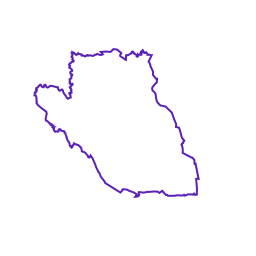 Cutzamala de Pinzón, Guerrero, Mexico (Natural Earth projection), rotated 324°
{"feature_id": "50627088B53912122145635", "entity_name": "Cutzamala de Pinzón", "entity_type": "district", "adm_level": 2, "iso_a3": "MEX", "parent_name": "Mexico", "parent_adm1": "Guerrero", "projection": "natural_earth1", "projection_center": [-100.648, 18.642], "detail": "fine", "context": "isolated", "style": "outline", "palette": "violet", "viewbox_px": 256, "rotation_deg": 324, "n_neighbors": 0, "source": "geoboundaries", "source_scale": "gbopen_adm2", "svg_char_len": 5535}
<svg xmlns="http://www.w3.org/2000/svg" viewBox="0 0 256 256"><g transform="rotate(324 128 128)"><path d="M189.4,82.7L188.2,81.0L186.7,80.3L187.3,79.1L187.2,77.3L186.8,77.2L185.7,77.3L185.4,76.9L185.6,74.9L185.8,74.0L185.7,73.8L184.3,75.3L184.0,75.0L183.9,73.9L183.2,74.0L182.5,74.4L181.8,75.2L182.3,76.3L182.2,76.5L181.3,76.4L181.0,75.5L179.4,75.1L179.3,74.1L178.6,74.5L178.4,75.2L178.4,75.8L177.8,76.0L177.2,75.6L177.1,75.1L177.5,74.9L177.7,73.5L176.9,72.0L177.1,71.3L176.5,70.9L176.7,70.4L176.8,69.9L176.6,69.4L176.8,69.1L176.5,68.7L175.6,68.6L174.6,69.6L170.5,69.0L169.9,68.3L169.2,68.0L166.4,71.6L165.8,70.8L166.0,70.5L164.9,67.9L164.8,67.3L164.2,66.1L164.0,65.2L164.6,64.3L166.6,63.5L165.4,58.3L162.6,55.6L158.7,56.2L154.7,52.9L150.7,50.5L150.9,53.6L149.9,53.4L148.8,52.9L147.4,51.3L147.0,50.5L146.4,50.0L146.2,49.8L145.2,49.9L144.4,49.3L143.0,49.4L141.7,48.8L140.8,48.0L140.6,47.4L139.8,46.7L138.2,46.1L138.3,45.3L137.6,45.0L136.6,44.8L136.0,45.1L135.5,44.9L135.0,44.5L134.9,43.7L134.1,43.1L133.8,42.2L133.2,42.2L133.2,41.9L133.6,41.4L133.1,41.1L133.1,40.5L132.8,40.3L132.6,39.7L131.7,39.0L131.6,38.2L130.8,38.4L130.5,38.7L130.2,38.3L129.1,38.4L129.1,37.9L128.7,37.3L128.8,36.8L128.4,36.2L128.5,35.4L128.2,35.3L128.2,34.8L127.5,34.1L127.4,33.7L127.0,34.0L126.5,34.0L126.4,34.3L126.4,35.5L125.7,36.7L125.1,37.0L124.6,36.8L124.2,37.3L124.1,37.6L124.5,38.2L124.4,38.8L124.0,39.4L123.3,39.7L123.2,40.1L123.6,41.4L123.5,41.8L122.5,42.2L122.0,41.6L121.2,41.4L119.5,41.9L118.6,41.5L117.5,42.2L117.4,42.8L117.7,43.6L117.0,44.1L116.1,44.3L116.0,44.8L116.3,45.0L116.9,47.4L116.7,48.7L116.0,49.1L114.7,48.7L114.0,49.1L113.5,50.0L113.4,50.6L113.5,50.9L114.3,51.9L114.3,52.1L113.3,52.8L112.7,52.6L111.5,54.4L110.4,54.5L109.5,54.2L109.3,54.3L108.7,55.4L108.5,56.3L108.3,56.5L107.8,56.4L107.5,56.7L107.1,57.9L107.2,58.7L107.6,59.5L108.2,59.2L108.7,59.2L109.1,59.7L109.0,60.0L108.6,60.4L107.4,60.3L106.0,61.0L105.7,61.0L105.3,60.7L104.8,60.8L104.6,61.5L105.0,63.0L104.8,63.8L104.5,64.0L104.1,64.0L103.7,64.2L103.5,65.9L103.2,66.2L102.3,65.7L101.6,66.5L101.2,65.3L100.9,65.3L100.4,68.0L99.8,69.5L99.6,69.7L98.4,69.2L96.6,69.1L96.4,68.8L96.3,67.3L96.5,65.4L96.5,62.2L96.8,60.7L97.3,59.6L97.4,58.3L97.2,58.0L96.6,57.8L94.6,57.7L94.4,57.5L94.3,57.1L94.3,56.0L94.5,55.4L95.1,54.2L95.2,53.7L94.3,53.2L92.8,51.1L90.5,48.6L89.6,48.1L87.8,48.2L86.9,48.1L86.5,47.8L86.2,47.2L86.1,46.3L86.2,45.5L86.6,44.9L86.4,44.3L85.9,44.1L84.9,44.3L83.7,45.4L83.4,45.3L82.8,44.5L82.6,43.9L82.9,41.9L82.7,41.5L82.2,41.3L81.1,41.7L80.2,41.5L78.9,42.2L78.6,42.2L77.5,41.8L77.1,42.7L76.9,42.3L76.7,42.3L76.2,42.9L76.3,43.1L75.9,43.5L75.9,44.2L75.8,44.3L75.6,44.1L74.5,44.9L74.0,44.4L73.3,44.5L72.9,45.4L71.6,46.6L72.0,46.9L72.0,47.3L72.5,47.7L72.1,48.9L71.5,49.8L71.0,51.1L70.7,51.2L69.7,52.6L69.7,53.2L69.3,53.4L68.5,54.3L68.5,54.6L68.6,55.0L68.8,55.7L68.5,56.2L69.6,60.7L71.5,66.8L70.6,68.8L69.0,70.0L68.5,70.6L67.3,71.7L66.5,72.5L66.1,73.4L66.1,74.1L66.5,74.3L67.0,75.9L67.2,77.4L67.6,78.4L67.3,78.6L67.8,79.8L67.4,80.1L67.9,80.7L67.6,80.8L67.7,81.0L68.2,81.3L68.4,81.1L68.4,81.4L68.1,81.6L68.1,81.9L69.0,82.3L68.7,82.7L68.6,83.2L68.6,83.4L68.3,83.5L68.5,83.7L67.8,83.6L68.1,84.0L68.0,84.5L67.3,84.8L67.5,85.4L67.0,85.7L67.0,86.1L66.8,86.5L66.9,86.9L66.7,87.4L66.8,88.1L67.1,88.1L67.7,88.4L69.5,90.0L71.0,88.5L71.7,88.5L72.6,89.5L72.5,89.9L72.3,90.1L72.4,90.5L72.2,90.6L73.2,91.9L74.1,92.7L74.6,93.3L73.8,94.4L74.3,95.3L74.0,95.5L73.6,97.1L73.3,97.9L73.2,98.9L73.0,99.1L73.0,99.5L72.6,99.7L72.6,100.2L72.3,100.9L71.9,102.7L72.0,104.5L71.4,106.6L70.6,107.9L70.8,108.8L70.5,109.1L70.9,110.6L70.9,110.8L71.1,110.8L71.4,110.5L71.9,110.5L72.3,110.3L72.2,109.6L72.9,109.4L73.5,109.6L74.6,109.5L75.2,108.6L75.4,108.7L75.4,109.5L75.9,110.3L76.6,110.8L76.7,111.4L77.6,112.4L77.7,112.9L78.0,113.3L78.0,114.6L78.4,115.1L78.4,115.4L78.2,116.1L78.4,116.7L78.1,117.1L78.0,117.7L77.7,118.3L77.0,119.6L77.2,119.8L77.4,120.7L78.2,121.3L78.4,122.0L78.9,122.9L79.2,127.8L78.7,128.3L79.1,128.9L79.4,129.2L79.8,129.2L81.6,128.2L81.5,131.4L81.3,132.6L79.9,138.9L79.5,139.7L79.3,140.5L78.2,146.4L78.5,147.2L77.4,151.3L77.6,158.3L77.2,159.1L83.9,175.7L84.7,175.5L85.8,175.5L86.7,175.1L87.2,174.5L87.9,174.6L89.2,175.6L90.9,177.3L91.4,178.1L91.9,179.3L95.2,184.2L95.3,184.9L96.0,186.5L95.8,187.1L95.5,187.4L95.2,187.3L93.4,187.9L95.0,188.8L95.9,189.1L96.4,188.8L96.8,189.0L96.8,188.8L97.9,188.4L97.8,188.0L98.2,187.0L99.0,186.2L101.3,188.1L101.4,188.3L102.2,189.1L104.4,190.4L106.1,190.9L106.7,191.6L111.5,194.5L113.7,196.1L114.7,197.2L115.2,199.0L118.7,198.9L119.0,200.0L118.7,200.8L119.0,201.2L119.1,202.6L119.5,203.4L119.3,204.5L120.4,205.3L120.5,206.3L123.1,208.3L126.4,210.5L128.3,211.3L128.4,211.5L132.6,214.8L133.8,215.1L133.9,215.4L134.2,215.2L134.3,215.6L134.8,216.4L137.5,216.9L140.7,219.4L140.8,219.7L141.1,219.7L142.3,220.6L142.6,220.0L142.9,219.9L143.2,221.8L144.0,221.9L144.6,222.3L148.4,217.2L153.2,209.3L153.9,209.4L155.2,210.7L161.7,196.5L160.8,196.3L160.8,196.1L162.9,192.7L162.6,189.7L162.1,189.4L157.6,180.3L159.8,177.4L161.7,173.4L161.4,173.1L161.5,172.8L161.9,172.6L163.0,172.4L163.8,172.6L164.2,171.9L165.1,171.6L166.0,171.5L165.9,167.5L168.6,160.6L169.4,157.7L167.4,155.3L169.2,153.4L170.4,148.3L172.5,141.3L171.0,132.7L167.5,128.8L167.0,126.2L167.0,123.8L167.5,122.1L168.0,121.0L170.5,116.2L170.3,113.7L170.1,113.1L170.0,112.1L170.2,111.2L170.9,110.0L171.9,109.3L175.6,108.4L178.1,108.0L180.5,105.2L179.6,104.7L179.4,99.7L181.0,97.8L181.4,97.0L182.7,90.6L183.4,89.6L183.6,88.3L183.7,86.4L189.9,83.0L189.4,82.7Z" fill="none" stroke="#5b21b6" stroke-width="2"/></g></svg>